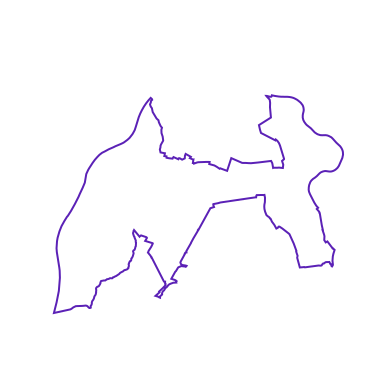 Zevenaar, Gelderland, Netherlands, rotated 81°
{"feature_id": "6326949B47672258677140", "entity_name": "Zevenaar", "entity_type": "district", "adm_level": 2, "iso_a3": "NLD", "parent_name": "Netherlands", "parent_adm1": "Gelderland", "projection": "mercator", "projection_center": [6.087, 51.928], "detail": "fine", "context": "isolated", "style": "outline", "palette": "violet", "viewbox_px": 384, "rotation_deg": 81, "n_neighbors": 0, "source": "geoboundaries", "source_scale": "gbopen_adm2", "svg_char_len": 5992}
<svg xmlns="http://www.w3.org/2000/svg" viewBox="0 0 384 384"><g transform="rotate(81 192 192)"><path d="M227.3,69.9L225.0,71.4L221.5,72.9L212.6,75.8L209.9,76.4L208.0,76.4L205.6,75.9L203.5,75.2L200.7,73.6L199.4,72.4L198.7,71.4L198.0,70.4L197.2,68.6L195.9,66.3L193.6,63.2L192.9,62.0L192.6,61.2L192.2,59.4L192.1,57.7L192.2,56.7L193.3,53.1L193.5,51.9L193.5,50.8L193.3,49.4L192.9,48.0L192.4,46.8L191.7,45.7L190.9,44.5L189.1,42.8L181.9,38.2L178.8,37.0L176.1,36.7L174.7,36.8L173.3,37.1L171.6,37.7L170.0,38.5L165.9,41.7L161.4,44.6L159.8,45.8L158.3,47.8L157.5,49.1L157.1,50.0L156.7,51.5L156.3,54.6L155.9,56.4L154.8,58.6L154.0,59.7L152.3,61.5L147.7,64.6L143.8,68.2L142.6,69.0L140.2,70.2L138.3,70.8L135.9,71.0L133.5,70.6L132.0,70.1L130.1,69.3L128.5,68.8L126.4,68.7L125.1,68.8L123.7,69.1L120.9,70.6L119.7,71.6L117.5,73.6L116.1,75.4L115.0,77.0L114.1,78.9L113.4,80.9L112.9,82.9L111.9,88.8L111.3,91.3L110.1,95.1L109.0,98.0L110.0,98.4L110.3,98.8L110.1,100.1L108.8,103.1L108.7,103.6L109.1,103.4L112.5,101.1L113.2,100.8L116.2,100.9L120.4,101.7L130.8,102.4L136.4,115.4L141.1,115.1L144.5,114.6L154.1,101.5L153.3,101.0L154.8,99.7L157.2,98.5L158.3,98.2L160.0,97.8L173.6,95.9L174.0,96.0L175.4,98.2L179.3,97.6L182.5,98.5L181.5,102.3L181.4,103.8L180.8,107.6L180.9,108.1L176.2,108.2L173.7,109.0L173.2,122.3L172.8,129.1L172.5,130.7L172.5,130.9L171.8,133.9L171.1,137.9L164.7,147.9L176.6,154.0L173.2,160.1L174.0,160.5L173.9,160.5L171.0,163.6L169.3,165.7L167.1,170.6L165.1,169.9L164.6,172.6L163.6,180.9L163.6,182.2L164.2,185.3L163.8,185.2L163.5,186.6L160.1,185.5L160.1,186.0L158.2,188.8L157.1,187.6L153.4,192.3L155.1,193.3L157.7,193.9L158.5,196.7L156.7,198.9L156.8,199.6L156.7,199.9L157.5,200.4L154.6,204.8L155.2,205.4L156.0,206.0L155.1,209.3L154.2,211.8L152.8,211.6L152.2,213.7L149.5,212.7L148.0,216.9L145.0,217.1L143.0,216.2L141.3,215.8L140.0,215.0L137.0,212.6L136.6,212.4L132.7,212.3L129.1,212.9L125.7,212.5L123.8,211.6L122.1,212.6L121.2,212.9L118.0,213.8L115.9,213.9L113.9,215.5L106.9,218.3L103.0,218.5L101.1,219.4L98.9,219.8L97.2,218.7L95.7,218.3L94.7,216.9L94.0,217.0L92.6,218.1L94.6,220.6L97.2,223.4L100.1,226.1L103.5,228.8L106.5,230.9L109.8,232.9L118.8,237.3L121.9,238.9L124.0,240.5L125.5,241.7L128.7,245.1L130.3,247.5L132.3,251.3L132.8,252.6L133.5,255.0L134.8,260.4L135.5,262.6L136.8,267.6L138.3,271.8L139.2,274.7L140.8,277.6L142.6,280.0L145.0,282.9L147.7,285.6L152.6,290.0L154.1,291.2L157.7,293.6L166.0,296.4L170.7,299.3L176.6,303.3L179.0,304.8L185.6,309.6L191.7,314.4L196.1,318.3L197.0,319.4L200.7,322.6L205.3,326.2L210.2,329.1L216.2,331.9L219.4,333.0L226.4,334.6L230.2,334.9L246.0,334.9L249.0,335.0L256.1,335.9L268.9,339.0L279.8,343.0L289.9,347.3L288.9,330.4L288.4,329.1L287.4,327.3L286.6,324.7L286.6,324.3L287.4,317.6L287.5,315.4L287.6,314.6L287.9,313.8L288.6,313.0L290.0,312.1L290.5,311.5L290.6,310.9L290.4,310.1L288.7,309.9L287.7,308.9L286.6,308.4L285.7,308.3L284.3,307.7L282.8,306.2L281.7,305.5L279.8,304.7L278.5,303.4L277.4,302.8L276.4,302.6L275.9,302.3L275.2,302.3L274.0,301.9L273.3,301.9L272.7,302.0L271.6,301.5L270.8,300.4L270.7,299.7L270.4,298.8L270.0,298.4L269.0,297.5L267.8,296.7L267.0,296.6L265.7,295.7L265.6,293.0L265.8,291.5L264.8,289.5L264.9,289.1L264.8,287.8L264.3,286.4L264.7,284.7L264.7,284.1L264.0,283.5L263.8,282.3L263.3,281.0L263.1,280.0L262.7,279.2L261.6,276.8L260.6,275.6L260.0,273.9L259.7,272.8L258.6,271.0L258.6,270.1L258.3,268.5L258.1,267.9L257.5,267.1L257.3,266.9L257.2,267.0L256.9,266.9L255.7,266.1L254.5,265.8L253.5,265.9L253.2,265.8L253.0,265.5L251.7,265.0L251.1,264.4L250.7,264.2L250.6,263.9L250.7,263.7L250.5,263.3L249.8,262.7L248.2,262.3L247.6,261.5L246.3,260.6L243.6,259.3L242.5,259.3L241.6,259.5L241.2,259.4L240.6,258.9L240.0,257.7L238.7,257.0L237.2,256.4L236.8,256.0L233.7,255.3L233.2,255.2L232.6,255.4L231.1,255.1L228.0,255.9L227.5,255.8L226.4,256.3L223.7,256.7L222.6,256.4L221.6,255.5L221.0,255.3L220.9,255.5L220.5,255.2L227.9,250.8L227.7,250.6L227.3,249.6L226.9,249.1L229.4,244.3L229.8,243.9L230.3,243.7L233.0,245.9L236.4,238.9L236.8,238.8L239.7,240.8L243.3,244.0L245.0,245.0L245.5,244.5L246.3,244.2L248.3,243.0L250.4,242.3L250.3,242.1L276.1,233.7L276.4,233.2L276.4,232.6L278.3,232.9L278.4,232.6L278.5,232.5L279.8,232.7L280.6,233.6L282.5,236.1L285.2,240.1L286.0,239.8L288.9,244.3L290.0,242.0L291.0,240.8L291.4,240.1L290.1,239.9L288.6,237.6L288.1,237.7L286.0,236.7L285.4,236.1L284.8,235.0L282.7,233.3L282.1,232.0L280.0,229.6L279.6,228.7L279.2,227.3L278.7,224.6L279.0,221.7L278.0,221.8L277.6,221.2L276.9,221.8L276.2,222.7L274.5,226.0L268.1,221.0L267.7,220.3L264.4,217.5L264.2,217.1L263.5,214.2L264.5,210.6L264.9,209.9L264.6,209.4L264.1,208.9L263.7,209.6L262.7,212.7L262.5,213.1L262.0,213.7L261.4,214.2L259.9,214.5L259.0,214.1L251.9,208.6L251.9,208.8L251.5,208.6L251.5,208.3L251.3,208.1L251.3,208.4L250.9,208.1L250.7,207.8L250.8,206.9L249.5,206.8L242.3,201.0L242.1,201.0L237.9,197.8L231.4,192.4L230.6,192.2L230.4,192.0L230.6,191.9L230.6,191.7L210.9,176.4L210.3,172.6L208.9,172.9L207.9,173.0L207.3,172.8L207.1,167.9L206.8,165.6L207.1,136.6L207.2,130.3L207.3,129.5L205.7,129.0L205.2,128.6L205.9,123.2L206.2,121.8L206.2,120.9L209.1,120.8L213.4,121.6L215.9,122.5L217.7,122.9L220.0,123.1L222.7,122.9L226.4,122.1L227.8,121.0L228.7,120.0L229.5,119.4L230.3,119.2L230.5,118.7L230.8,118.5L233.8,117.7L237.2,115.9L241.3,114.4L240.9,113.0L239.8,111.9L239.9,111.0L242.3,108.4L248.2,102.9L249.0,102.3L258.8,99.6L266.5,98.1L266.8,98.4L268.1,98.3L271.5,97.7L273.4,98.4L283.4,97.3L283.7,92.8L284.0,92.5L284.1,91.7L284.2,86.5L284.3,83.1L284.2,83.0L284.3,83.1L284.4,78.6L284.9,76.3L284.8,75.5L283.6,74.4L283.2,73.9L283.2,73.3L283.3,73.0L282.8,72.3L282.2,70.7L282.6,67.6L282.6,67.3L283.3,67.0L284.5,66.8L284.8,66.2L287.2,65.7L287.4,65.3L287.0,65.1L286.8,64.7L286.2,64.4L286.0,64.2L281.9,64.0L277.7,63.0L274.9,61.9L271.5,60.2L270.2,61.2L270.4,61.3L270.1,61.6L270.0,61.4L268.4,62.6L262.0,66.0L262.7,67.8L260.2,68.9L256.4,68.1L254.8,68.2L250.0,69.0L250.0,68.7L245.1,69.0L233.6,69.1L232.5,69.2L232.5,69.4L231.2,69.6L228.3,71.4L227.3,69.9Z" fill="none" stroke="#5b21b6" stroke-width="2"/></g></svg>